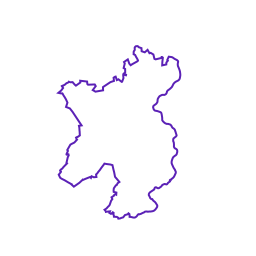 Skaistkalnes pag., Vecumnieku, Latvia, rotated 314°
{"feature_id": "27541924B21111495244089", "entity_name": "Skaistkalnes pag.", "entity_type": "district", "adm_level": 2, "iso_a3": "LVA", "parent_name": "Latvia", "parent_adm1": "Vecumnieku", "projection": "mercator", "projection_center": [24.578, 56.379], "detail": "fine", "context": "isolated", "style": "outline", "palette": "violet", "viewbox_px": 256, "rotation_deg": 314, "n_neighbors": 0, "source": "geoboundaries", "source_scale": "gbopen_adm2", "svg_char_len": 5705}
<svg xmlns="http://www.w3.org/2000/svg" viewBox="0 0 256 256"><g transform="rotate(314 128 128)"><path d="M106.4,55.9L107.3,56.7L107.3,57.0L106.6,59.1L106.4,60.1L106.2,61.0L105.5,63.5L104.2,66.8L100.1,68.8L101.7,72.6L101.1,76.9L98.9,86.9L97.6,92.8L95.5,91.2L94.4,92.8L92.2,95.2L92.1,95.4L89.2,98.5L86.6,98.0L86.3,97.7L85.0,97.3L84.4,98.6L84.2,98.7L84.2,99.4L81.3,99.5L80.3,99.5L79.6,99.3L77.4,98.5L76.0,98.1L70.0,99.6L69.8,100.7L66.5,101.9L66.2,102.2L66.2,102.3L67.7,103.4L67.2,104.3L65.1,105.0L60.1,108.0L60.2,108.7L59.1,108.8L59.0,108.7L55.1,108.7L53.1,108.9L51.7,108.6L50.4,108.6L50.1,108.8L50.1,110.0L49.7,110.3L46.3,110.6L45.1,113.8L45.4,115.5L46.4,118.7L47.3,122.6L48.3,126.3L48.1,126.3L48.2,129.8L54.9,131.1L59.0,131.3L58.9,131.5L61.4,132.5L66.5,134.8L66.4,136.0L68.0,135.4L68.8,137.6L70.8,139.3L72.4,137.3L74.0,137.4L75.7,137.1L78.4,136.9L80.7,136.5L84.9,136.0L86.0,135.8L87.2,137.6L89.5,140.7L90.5,142.6L88.0,146.4L86.6,148.7L84.0,152.4L83.8,153.0L83.7,154.4L83.2,159.3L81.1,158.9L79.1,159.5L78.4,159.1L75.9,159.5L74.8,159.7L73.3,160.8L72.6,161.5L72.1,162.1L73.5,164.5L73.4,164.6L71.9,165.8L71.8,165.4L71.5,164.9L71.3,164.8L70.1,164.6L69.6,164.9L66.7,164.3L66.3,165.4L66.0,166.1L63.9,166.4L60.9,167.8L59.7,168.3L58.7,168.4L57.3,168.3L56.0,168.4L55.2,168.4L54.5,168.3L52.9,167.9L52.6,170.2L52.4,170.4L52.7,170.6L55.5,172.9L54.0,173.5L54.4,175.4L55.6,175.6L56.8,175.6L56.9,176.7L55.6,177.4L55.4,178.4L54.4,179.5L56.0,181.4L56.3,181.7L56.6,183.1L56.1,184.0L57.4,185.1L58.6,185.6L60.4,186.6L63.3,186.3L65.7,187.7L66.9,187.6L66.9,187.8L67.1,188.6L66.6,189.3L66.4,189.8L65.9,190.1L65.7,190.3L65.5,190.6L65.2,190.9L65.6,191.3L66.2,192.2L66.8,193.1L67.0,193.6L67.6,194.4L68.1,194.9L68.5,195.2L69.6,195.5L70.5,195.6L71.8,195.4L72.7,195.3L73.2,195.4L73.5,195.6L73.6,196.0L74.1,196.3L75.4,197.0L77.0,197.5L78.2,198.1L79.5,198.3L80.0,198.6L80.5,199.1L81.1,199.6L81.5,200.4L82.8,201.4L83.3,202.0L84.3,202.8L85.4,203.6L86.5,204.1L87.4,204.2L88.2,204.3L89.1,204.2L90.5,204.0L91.4,203.8L92.2,203.3L92.7,202.7L93.4,199.8L93.5,198.9L93.3,196.5L93.7,194.9L93.1,194.3L93.0,192.8L93.8,190.9L94.1,189.7L94.8,189.0L95.6,188.6L97.1,188.5L98.6,188.8L101.8,189.5L102.1,189.5L102.3,189.3L103.2,188.9L103.8,188.8L104.3,188.9L104.9,189.5L105.0,189.7L105.2,190.9L105.6,191.5L106.0,191.9L106.6,192.1L108.7,192.5L109.5,192.5L110.3,192.3L110.8,192.3L111.3,192.4L112.2,192.8L112.8,193.0L113.2,193.3L113.4,193.5L113.9,194.5L114.2,194.9L114.7,195.1L115.1,195.1L116.4,194.9L118.7,195.3L118.8,195.0L119.2,194.7L119.4,194.4L119.6,194.3L120.0,194.3L120.3,194.4L120.9,194.7L120.9,194.9L122.0,194.8L123.1,195.0L124.5,195.0L126.0,194.6L128.8,193.6L129.4,193.1L129.6,192.9L129.9,192.4L130.2,191.4L130.6,190.7L130.8,189.6L131.1,188.3L131.5,187.3L132.2,185.5L132.5,184.8L133.0,183.8L133.4,183.4L134.2,182.7L134.6,182.4L135.8,181.8L137.3,181.1L138.6,180.8L138.9,180.8L140.0,181.0L140.5,181.0L141.6,181.3L142.1,181.3L142.6,181.3L143.1,181.1L143.8,180.7L144.8,180.2L145.4,179.7L146.1,178.9L146.3,178.5L146.4,178.1L146.4,177.9L146.4,177.3L146.1,176.3L146.0,175.8L146.0,175.2L146.4,174.1L146.9,173.6L147.9,172.7L149.3,171.1L149.6,170.6L149.7,170.1L150.0,169.6L150.6,169.0L151.4,168.3L152.1,168.0L155.3,168.4L155.9,168.3L156.3,168.2L156.7,167.7L157.6,166.0L158.4,164.6L158.7,163.9L159.1,163.3L159.2,162.9L159.3,162.5L159.4,162.0L159.3,160.9L159.1,160.1L159.1,159.9L159.3,158.8L159.7,157.9L159.7,157.6L159.9,156.5L159.8,156.0L159.7,155.8L158.9,154.1L158.7,153.9L157.8,152.9L157.6,152.4L157.3,151.6L157.1,150.6L157.1,148.9L157.1,148.4L157.3,147.6L157.4,147.2L158.1,146.5L159.0,145.6L159.9,144.5L161.3,142.6L161.7,141.9L162.0,141.3L162.0,140.6L161.7,139.8L160.6,137.4L159.3,135.4L159.2,135.1L159.2,134.8L159.2,134.6L159.2,134.1L159.3,133.5L160.1,132.1L160.4,131.6L161.2,131.1L161.5,131.0L162.1,131.0L165.0,131.5L165.8,131.4L166.3,131.3L167.1,131.1L167.3,131.0L169.0,129.6L169.7,129.2L171.2,128.8L172.8,128.6L174.7,129.2L175.4,129.5L175.6,129.6L176.2,130.2L177.1,131.2L178.1,131.6L178.7,131.7L179.5,131.6L180.2,131.4L181.3,130.7L181.9,130.6L182.5,130.5L183.5,130.7L185.4,131.0L187.8,131.1L189.4,130.7L191.2,130.1L192.3,130.0L193.1,130.0L194.4,130.2L197.0,131.1L197.8,131.2L198.9,131.1L199.8,130.7L201.6,129.5L202.5,128.8L203.4,127.8L204.6,126.3L205.3,125.2L205.9,124.0L206.8,122.0L207.2,121.0L207.7,120.3L208.2,119.7L209.0,119.0L210.4,118.1L210.6,117.9L210.8,117.6L210.9,117.2L210.9,116.6L210.9,116.1L210.1,113.5L209.7,110.9L209.1,109.8L207.6,107.8L204.2,109.0L204.1,109.9L201.8,110.1L200.3,111.4L196.8,109.1L199.4,106.8L202.8,104.2L202.8,103.8L202.7,103.1L202.5,102.9L201.8,103.5L196.6,100.2L196.1,99.0L198.5,95.2L197.8,92.1L196.7,91.5L197.8,87.8L194.1,87.5L192.7,84.5L194.8,82.2L193.6,79.7L193.6,79.0L193.7,78.9L193.6,78.1L192.9,77.4L192.3,76.9L192.1,76.8L191.2,76.8L190.7,76.9L190.3,77.1L189.1,78.4L188.4,78.8L187.7,78.8L187.1,79.0L186.7,79.2L185.6,80.2L185.4,80.7L185.0,80.9L185.5,82.4L184.6,84.9L184.6,85.1L184.2,86.5L183.7,87.9L183.4,88.4L182.4,88.4L176.8,86.7L175.0,86.3L175.2,84.2L177.2,80.2L172.7,79.3L172.1,80.9L168.1,83.2L168.5,84.9L166.1,87.3L164.4,87.2L165.0,89.6L164.5,89.9L163.2,87.5L162.9,87.6L160.7,90.1L157.2,91.6L156.8,91.4L156.4,87.3L154.7,86.7L156.4,83.4L155.9,83.1L154.2,82.7L152.1,85.2L148.8,83.5L140.6,81.7L140.0,81.6L137.8,83.9L131.5,79.3L131.3,78.3L130.8,76.3L135.7,75.7L135.8,75.2L135.9,74.8L136.1,74.5L136.1,74.2L136.2,73.8L131.4,69.2L131.4,68.2L133.0,66.3L128.8,60.8L127.6,62.1L122.3,61.1L122.2,59.7L122.3,58.3L122.4,57.2L122.5,56.3L121.1,55.0L120.6,54.4L120.0,54.6L120.3,54.3L120.3,53.8L120.2,53.4L119.9,53.5L119.4,53.4L118.5,53.1L117.9,52.8L117.3,52.6L115.5,52.5L114.7,52.3L113.5,51.8L113.6,52.0L112.7,51.9L112.1,51.7L111.7,53.5L108.4,53.9L104.9,53.5L106.4,55.9Z" fill="none" stroke="#5b21b6" stroke-width="2"/></g></svg>